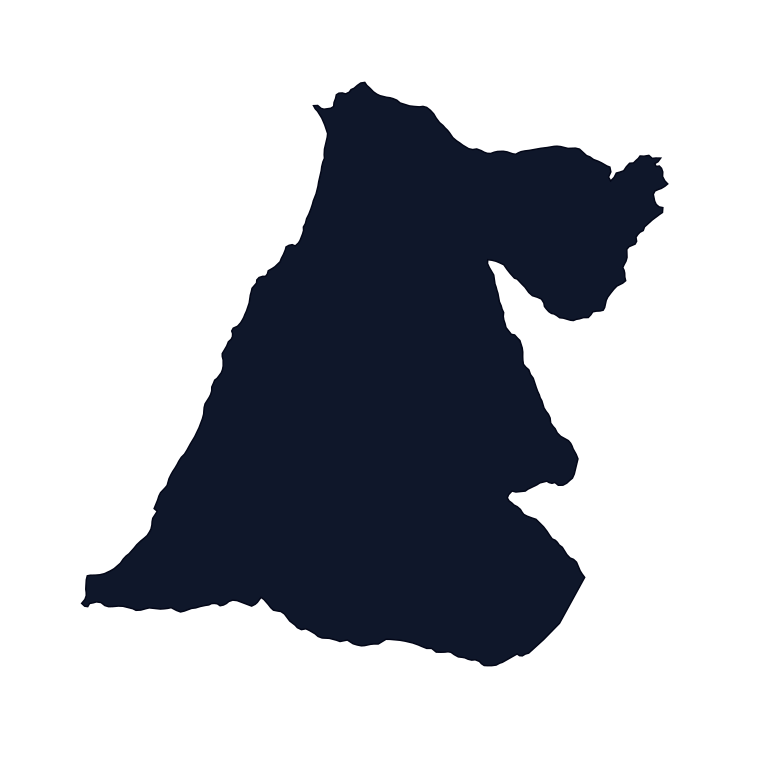 Porto Seguro, Bahia, Brazil, rotated 194°
{"feature_id": "56859067B83893589630765", "entity_name": "Porto Seguro", "entity_type": "district", "adm_level": 2, "iso_a3": "BRA", "parent_name": "Brazil", "parent_adm1": "Bahia", "projection": "orthographic", "projection_center": [-39.285, -16.636], "detail": "fine", "context": "isolated", "style": "filled", "palette": "ink", "viewbox_px": 768, "rotation_deg": 194, "n_neighbors": 0, "source": "geoboundaries", "source_scale": "gbopen_adm2", "svg_char_len": 6167}
<svg xmlns="http://www.w3.org/2000/svg" viewBox="0 0 768 768"><g transform="rotate(194 384 384)"><path d="M142.5,244.9L145.8,247.6L148.5,250.2L154.1,257.7L157.7,259.7L161.4,260.2L165.3,262.7L171.5,268.7L175.1,270.2L177.6,272.4L180.0,273.8L183.4,274.4L187.0,277.5L190.2,280.5L194.6,284.0L203.8,289.5L208.0,289.8L213.3,290.4L216.9,291.3L219.2,293.2L221.3,295.3L225.1,297.2L228.6,298.0L231.2,299.5L234.3,300.8L236.8,303.3L236.3,306.8L233.9,311.1L229.9,311.1L221.0,314.3L218.9,316.8L211.2,323.2L208.9,325.7L202.5,329.1L199.9,328.3L197.0,328.3L194.3,329.8L190.4,327.9L185.9,329.1L182.7,332.0L180.4,335.5L178.4,338.2L177.6,342.7L177.7,358.3L180.5,362.2L184.9,366.9L186.5,369.3L188.5,371.6L191.3,373.6L200.0,376.0L204.1,378.5L207.2,382.1L209.6,383.7L212.8,386.4L214.6,391.2L217.2,394.4L220.0,396.6L223.0,399.5L226.7,405.8L229.2,408.5L230.6,410.9L233.1,414.0L235.4,417.4L240.6,425.7L244.2,428.7L246.9,432.8L250.4,434.6L253.5,436.9L255.0,440.6L256.0,444.0L257.1,448.6L258.6,452.4L262.7,459.1L265.6,460.8L269.1,463.2L272.5,463.0L279.3,468.3L281.1,471.8L283.2,475.1L284.6,478.4L285.2,482.3L287.6,485.3L289.2,488.2L291.9,491.7L295.4,499.5L297.2,502.4L298.7,505.2L300.5,507.9L303.9,516.3L310.0,522.5L312.7,525.9L313.4,529.7L309.2,530.2L305.1,530.2L301.7,529.7L296.6,528.7L292.5,525.1L288.5,522.0L283.1,518.3L280.1,518.0L274.2,514.2L270.7,512.1L265.6,507.8L261.4,505.6L256.2,505.3L251.8,504.5L248.5,501.3L247.1,498.1L244.6,496.1L241.6,494.1L238.6,493.0L235.9,493.1L232.9,492.2L229.6,490.8L226.0,491.3L218.5,491.0L215.6,491.4L213.0,493.3L210.2,494.5L206.5,496.7L201.9,497.9L200.0,501.3L198.9,504.5L195.5,506.1L192.1,507.1L189.2,508.6L188.4,511.6L188.6,519.0L187.9,522.5L185.8,527.5L183.9,531.6L181.7,535.4L176.8,539.6L174.5,542.7L176.2,546.0L177.3,549.9L178.6,552.5L180.5,554.7L179.9,557.9L178.9,561.7L178.8,565.6L181.0,573.4L179.5,576.5L174.2,580.5L173.4,583.6L175.0,587.3L173.9,590.4L172.4,593.1L169.6,595.6L169.2,599.5L163.4,608.1L157.9,614.9L155.3,617.8L156.1,622.6L159.9,622.4L163.3,624.1L165.6,626.9L168.6,633.2L167.8,636.8L164.9,639.1L162.3,640.8L159.3,643.8L157.1,646.8L160.7,649.1L163.9,652.7L164.8,657.2L166.9,660.4L169.6,662.1L172.5,660.9L174.6,663.3L171.9,666.0L170.2,670.1L175.0,669.0L178.3,667.8L182.3,669.9L186.9,667.9L190.7,667.2L191.8,664.4L193.6,661.8L195.4,658.8L199.1,657.6L201.4,653.4L203.0,648.9L206.5,646.6L209.6,644.9L210.7,640.1L213.2,635.8L216.2,639.1L215.2,644.7L217.3,649.1L220.5,649.5L226.4,651.2L230.3,652.0L235.0,652.5L239.2,654.2L242.7,654.6L251.1,659.2L255.2,659.2L262.5,657.1L270.0,657.1L273.6,656.6L276.5,655.7L282.9,652.9L288.9,650.6L299.6,645.8L303.8,644.2L307.2,642.6L309.6,640.8L311.7,638.8L314.7,638.5L317.4,638.7L320.6,639.0L324.5,638.7L327.4,637.9L330.1,637.1L333.1,635.6L336.2,633.5L339.6,632.8L342.8,633.1L346.2,634.0L350.9,634.5L354.7,632.9L358.8,632.8L365.4,634.8L368.7,636.2L372.6,637.6L376.8,639.7L381.3,643.7L383.8,645.6L386.6,647.2L389.3,649.1L393.4,651.1L397.8,654.7L401.1,658.1L405.2,660.8L409.5,662.7L413.3,662.8L416.6,661.5L421.9,660.6L426.5,660.0L436.4,660.6L440.2,662.5L444.2,663.1L447.5,663.2L451.0,662.8L457.7,662.8L461.1,663.5L465.0,665.0L468.8,667.4L472.9,669.6L475.6,672.0L479.4,670.4L482.1,667.3L484.6,663.7L487.2,661.7L488.3,658.8L491.4,656.2L494.9,656.3L498.1,655.3L500.2,653.1L500.1,649.2L500.6,645.1L500.0,641.1L502.3,638.7L508.7,636.1L511.7,636.2L515.7,638.2L519.7,637.0L517.3,634.4L514.5,632.6L508.7,627.0L504.2,621.1L499.3,613.4L498.8,609.8L498.6,597.5L497.5,591.9L496.4,588.6L497.0,584.8L497.0,579.8L496.5,575.7L496.3,564.5L495.9,559.8L495.9,556.3L495.9,552.1L496.9,544.5L496.9,541.4L497.3,536.0L498.0,530.6L499.1,525.7L499.1,520.7L500.2,516.8L499.2,513.5L499.3,510.0L500.2,503.0L501.1,500.2L503.5,496.5L506.8,497.0L509.7,495.6L512.2,493.3L512.2,490.4L512.9,485.5L514.0,481.0L514.4,477.5L518.2,471.4L520.5,468.9L523.7,465.9L523.8,462.4L525.0,459.8L527.8,459.1L531.0,457.1L532.6,454.2L532.1,451.1L535.2,445.0L535.1,441.4L535.2,437.9L534.4,430.0L535.1,421.5L535.8,417.8L536.2,414.7L536.9,411.9L537.9,408.7L540.1,404.6L543.8,401.7L544.6,398.6L543.1,396.3L542.5,393.3L543.1,390.4L545.2,387.3L545.8,382.8L548.3,374.4L547.6,371.6L545.9,368.4L544.4,362.5L544.2,358.9L544.6,355.6L546.2,351.7L547.4,349.0L549.2,346.8L549.7,343.3L550.4,339.4L549.5,335.5L549.7,331.7L550.4,328.7L552.8,321.5L552.8,317.6L551.7,311.1L551.8,306.2L552.9,296.8L553.5,294.0L554.9,287.1L557.3,279.3L559.1,272.4L560.6,267.7L562.9,263.9L564.4,259.5L565.3,255.7L566.5,251.7L567.8,248.1L568.8,244.4L569.7,240.1L569.9,233.1L571.3,230.2L574.5,224.5L575.3,220.9L575.6,216.4L576.9,207.5L573.2,205.7L575.9,197.8L575.7,194.3L575.1,191.1L575.0,186.8L575.8,183.6L577.1,179.7L579.5,176.2L582.0,172.9L584.9,168.4L586.9,164.1L590.3,157.6L592.6,154.7L594.6,151.1L596.4,146.3L601.3,139.4L604.5,136.3L609.6,132.2L613.7,130.1L618.2,128.6L622.7,127.4L625.5,126.1L625.5,122.1L624.4,116.2L623.7,112.7L622.5,109.6L621.7,106.6L622.1,102.6L624.3,98.0L620.7,96.0L617.6,96.3L616.6,99.8L613.1,101.4L610.4,103.0L605.7,103.5L601.3,101.5L597.4,101.3L593.4,102.4L587.9,104.3L583.4,105.2L573.3,105.2L569.9,104.4L565.3,105.8L560.7,108.4L557.6,110.0L546.7,111.5L542.9,112.7L539.5,114.0L536.4,115.5L530.6,114.1L526.3,113.6L522.8,115.4L516.5,119.7L512.6,121.2L508.4,123.7L504.1,125.8L500.5,127.3L498.3,129.2L495.4,130.1L492.5,130.4L489.4,129.2L486.3,130.7L483.8,132.9L482.0,135.4L478.5,137.7L474.1,138.3L458.7,136.5L455.7,139.1L454.1,141.4L451.7,147.2L448.4,145.9L442.8,142.0L439.8,139.6L436.6,137.8L432.3,138.0L429.0,138.3L425.0,136.8L418.1,131.2L412.1,128.6L409.1,126.6L404.7,125.7L400.6,127.6L397.6,127.0L390.6,125.0L386.9,123.1L382.6,122.6L375.5,124.0L368.2,123.9L364.4,123.5L357.6,126.7L351.2,124.5L347.0,124.3L342.6,124.5L339.5,125.5L334.0,128.2L330.9,129.3L326.6,130.4L320.3,136.8L316.3,137.7L306.7,139.2L301.3,139.6L293.5,139.7L287.3,139.1L283.9,138.5L278.6,137.8L273.8,139.0L268.5,136.5L263.9,137.5L260.0,138.6L257.1,139.7L254.1,139.9L250.4,138.4L245.9,137.2L242.1,137.7L239.3,137.9L235.9,137.3L232.1,137.3L228.8,138.5L224.3,137.9L221.8,136.2L218.7,135.1L215.1,135.8L211.3,136.8L207.2,138.4L204.2,141.1L201.8,142.6L189.5,154.3L186.8,153.2L184.0,153.7L181.6,156.1L178.5,157.9L167.4,174.5L155.8,194.3L142.5,244.9Z" fill="#0f172a" stroke="#020617" stroke-width="1.5"/></g></svg>